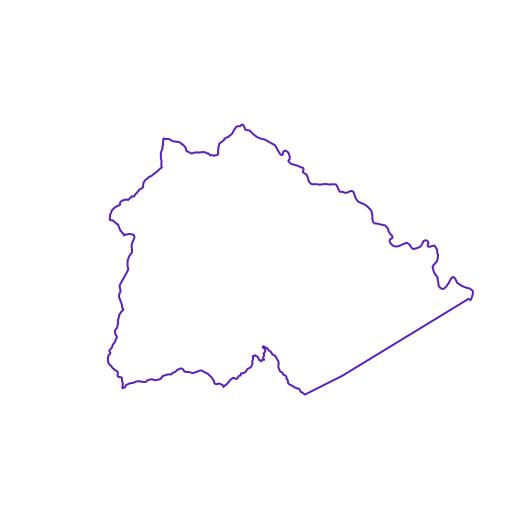 outline of Pangkhar, Shemgang, Bhutan, rotated 334°
{"feature_id": "84629894B98879002213822", "entity_name": "Pangkhar", "entity_type": "district", "adm_level": 2, "iso_a3": "BTN", "parent_name": "Bhutan", "parent_adm1": "Shemgang", "projection": "mercator", "projection_center": [90.778, 26.9], "detail": "fine", "context": "isolated", "style": "outline", "palette": "violet", "viewbox_px": 512, "rotation_deg": 334, "n_neighbors": 0, "source": "geoboundaries", "source_scale": "gbopen_adm2", "svg_char_len": 6103}
<svg xmlns="http://www.w3.org/2000/svg" viewBox="0 0 512 512"><g transform="rotate(334 256 256)"><path d="M301.8,132.2L301.1,131.9L299.9,131.9L298.5,132.4L296.8,131.5L295.9,131.2L294.9,131.3L294.5,131.7L292.9,132.2L288.2,135.5L287.4,135.8L283.5,136.7L279.3,136.7L278.8,137.0L278.5,137.6L277.5,137.9L272.5,138.8L269.2,142.8L269.0,143.6L267.5,145.5L266.9,147.3L266.6,147.9L265.9,148.1L264.8,148.1L262.4,147.4L261.7,147.2L260.7,146.0L259.1,145.5L258.0,142.8L256.9,142.4L256.6,141.6L255.8,140.5L253.5,139.1L250.1,138.1L249.3,137.4L245.8,136.0L243.8,135.9L242.9,135.6L242.1,134.3L239.6,131.4L239.7,130.1L240.2,128.0L239.2,123.7L238.5,123.4L237.6,120.8L236.3,119.5L235.6,119.2L235.5,118.9L231.8,116.6L230.6,115.1L229.6,113.3L229.2,112.9L228.1,112.1L226.2,111.4L224.7,110.0L224.3,110.0L223.4,111.2L223.0,112.2L222.4,112.7L221.2,115.4L220.2,116.1L219.0,118.5L215.7,121.5L213.3,126.6L212.7,129.3L210.6,133.0L210.3,134.8L209.8,135.2L208.0,135.4L204.6,136.6L199.1,137.7L197.9,138.1L194.2,138.1L192.3,138.7L189.6,139.3L188.6,139.8L186.9,141.1L185.6,142.7L185.2,143.9L184.5,144.7L182.6,145.1L179.9,145.2L179.1,145.9L173.9,148.0L172.6,149.0L171.6,148.8L170.8,147.9L165.6,149.6L164.6,148.5L160.2,147.5L158.3,147.9L157.7,148.2L156.9,148.9L156.0,150.5L152.3,150.3L150.3,150.5L146.2,151.9L145.7,152.7L144.3,154.0L143.3,154.6L142.5,155.6L142.1,156.7L140.5,159.0L140.6,159.5L141.1,160.2L143.1,161.4L143.5,162.9L145.0,166.1L145.8,167.1L145.2,173.4L145.7,174.9L145.9,176.7L146.7,177.9L146.5,179.6L148.9,179.8L152.2,180.8L153.0,181.3L153.7,182.2L155.0,183.0L155.3,183.6L155.4,184.6L155.0,185.8L154.6,186.4L151.1,189.4L149.3,191.3L148.6,192.4L147.4,195.8L146.5,197.6L145.8,198.6L142.2,200.4L139.0,203.4L137.9,205.1L136.1,208.9L135.4,212.0L134.6,212.8L133.4,213.4L132.3,214.4L121.5,221.9L120.5,222.9L120.0,223.7L119.7,225.3L118.8,228.2L118.0,229.1L117.0,229.7L115.2,232.0L114.9,232.9L114.2,240.8L113.4,242.8L113.1,244.9L113.3,245.9L112.6,246.4L110.7,247.0L107.5,248.8L105.0,252.0L103.6,253.2L103.3,254.7L102.5,256.0L100.1,259.1L99.0,260.0L96.9,261.0L96.0,262.0L95.3,265.3L95.6,266.9L95.5,267.8L94.8,268.6L93.6,269.3L92.3,270.8L90.9,271.8L88.5,272.9L86.4,275.1L82.8,276.6L82.5,277.5L82.7,278.9L82.5,279.4L81.3,280.2L80.1,280.5L79.1,281.8L78.5,282.1L78.1,282.7L76.6,286.7L76.6,288.2L77.0,290.3L77.8,291.7L77.8,293.4L78.8,295.3L79.0,296.5L80.5,298.4L80.7,299.2L80.7,300.4L79.2,302.7L79.0,303.6L79.8,304.8L81.6,305.9L82.0,306.5L81.9,307.2L80.8,309.5L80.4,312.3L79.5,314.0L78.2,315.4L78.2,316.3L80.4,316.6L82.0,315.6L82.4,315.1L86.2,315.1L91.2,316.3L93.1,316.3L96.4,317.4L97.3,318.4L98.5,319.0L100.1,320.3L102.2,320.8L103.9,320.1L107.6,320.8L108.6,321.3L110.9,323.5L113.0,323.9L114.8,324.6L117.1,324.4L117.4,324.0L119.8,323.0L124.7,323.8L126.5,324.5L127.4,325.2L130.3,324.6L132.3,324.7L134.1,324.4L134.7,324.0L137.7,323.9L139.5,324.2L140.6,325.5L141.1,328.6L143.0,329.9L143.8,330.2L148.1,333.6L152.4,334.2L154.7,334.3L156.6,334.9L157.4,335.6L159.0,338.1L161.0,340.6L162.8,345.5L163.3,348.3L163.4,350.4L162.9,351.3L163.0,352.7L164.6,354.1L166.8,354.3L167.3,354.7L169.1,357.0L169.5,357.7L169.5,359.3L171.1,358.8L172.8,358.6L175.7,357.5L178.2,356.2L181.4,355.5L182.6,355.8L183.6,357.2L184.7,357.9L185.5,357.8L187.8,356.4L188.8,356.3L189.6,356.6L190.6,355.8L191.2,355.0L193.5,355.8L195.0,355.7L195.9,355.6L197.5,354.5L199.1,353.8L201.7,353.8L203.0,353.4L205.3,351.7L206.0,350.6L206.4,349.0L208.3,347.2L208.7,346.6L209.1,344.8L210.0,345.0L211.3,344.7L212.0,345.1L212.3,346.1L212.9,346.6L213.2,347.3L213.4,351.1L214.6,352.8L215.1,352.2L215.8,352.1L217.5,352.8L217.9,352.3L217.7,351.2L218.0,350.2L219.7,349.0L220.1,347.1L222.4,345.9L223.0,344.9L223.1,344.3L222.9,342.5L222.1,341.3L222.2,340.7L223.0,340.4L223.9,341.4L224.7,342.8L225.6,343.6L225.8,345.3L226.2,346.5L227.2,348.2L227.7,351.9L229.3,353.7L229.6,354.9L229.7,358.5L230.0,360.0L229.3,362.6L227.8,364.7L227.3,366.1L227.0,369.7L227.4,370.7L228.6,372.5L228.4,373.5L228.6,374.7L230.0,376.3L230.2,376.9L230.3,377.7L230.1,379.0L229.5,379.8L229.9,380.4L230.0,381.9L229.3,383.8L229.3,384.9L229.9,386.2L232.7,390.0L233.0,390.9L233.6,391.7L234.2,392.1L234.6,392.8L236.4,394.0L236.7,396.2L236.7,397.8L237.5,398.6L239.3,402.0L281.1,401.5L428.1,387.7L429.5,389.6L431.6,388.1L434.2,385.2L435.4,382.9L435.3,381.7L433.8,378.9L430.4,376.0L427.9,373.1L425.5,369.0L425.1,368.3L425.1,363.6L424.2,361.5L423.7,361.2L422.4,361.4L419.8,362.9L416.9,365.2L416.1,365.3L413.8,366.8L410.4,367.8L408.6,366.9L407.4,364.9L407.5,364.1L407.1,363.4L407.2,362.3L408.0,360.6L408.7,357.8L409.7,355.3L409.3,351.7L408.9,350.0L408.9,347.8L409.6,345.2L409.7,343.8L410.2,342.9L411.1,342.2L416.0,340.2L416.3,339.7L417.3,339.2L418.5,337.5L420.2,334.6L420.3,332.7L421.3,330.2L421.6,329.0L421.3,327.9L421.2,325.5L420.6,324.7L418.1,324.1L416.4,324.0L414.7,322.8L415.1,321.5L416.1,320.5L417.0,319.3L416.6,317.6L415.7,316.4L414.3,316.0L412.6,316.2L411.4,317.5L410.0,318.5L407.7,319.6L406.2,319.7L400.8,318.9L399.5,317.3L398.9,312.7L397.4,310.4L396.4,310.0L388.9,309.7L387.4,309.4L385.9,308.8L384.6,307.8L383.2,306.0L382.5,303.5L382.6,301.3L382.9,300.6L384.1,299.7L386.1,299.7L387.0,298.7L387.1,296.6L386.3,295.1L386.0,291.7L386.5,289.9L386.5,288.6L385.7,285.6L385.4,285.1L380.8,281.5L379.4,280.1L377.0,278.8L376.3,277.1L376.2,276.4L376.5,274.9L376.9,273.5L378.1,271.3L379.0,268.2L379.5,265.2L377.7,260.0L375.9,257.0L371.9,252.3L371.5,251.5L370.9,247.9L371.7,241.5L370.8,239.6L368.6,239.0L366.5,239.0L364.9,238.8L363.6,238.1L362.1,236.4L359.8,235.2L359.5,234.8L359.3,233.5L359.5,228.1L359.1,226.7L356.8,225.3L352.7,223.7L350.3,221.8L344.1,219.6L342.1,218.1L340.1,217.1L338.9,216.7L337.7,215.9L336.9,214.8L336.2,212.2L337.0,207.6L337.0,205.9L337.2,205.3L335.4,202.3L335.0,201.2L335.0,200.8L336.5,199.4L336.9,198.4L336.9,197.6L332.9,193.1L327.8,188.4L326.8,185.6L326.9,184.6L328.8,183.5L329.4,182.7L329.9,181.1L330.4,178.0L330.1,176.5L328.9,174.4L327.9,174.0L326.2,174.3L324.8,176.1L324.1,176.7L323.7,176.7L322.6,175.7L322.2,174.2L321.7,165.3L321.1,163.8L319.7,162.1L315.1,155.3L311.4,152.3L308.9,149.3L306.4,144.1L306.2,142.8L305.3,140.6L301.8,137.9L302.1,133.7L301.8,132.2Z" fill="none" stroke="#5b21b6" stroke-width="2"/></g></svg>